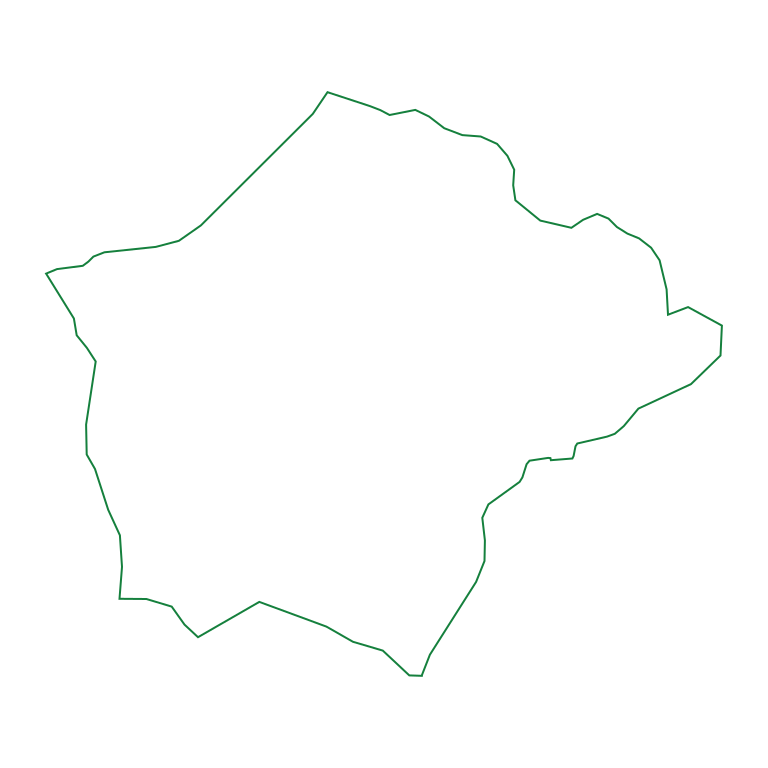 outline of Ruyigi
{"feature_id": "BDI-2635", "entity_name": "Ruyigi", "entity_type": "Province", "adm_level": 1, "iso_a3": "BDI", "parent_name": "Burundi", "parent_adm1": "", "projection": "mercator", "projection_center": [30.363, -3.445], "detail": "fine", "context": "isolated", "style": "outline", "palette": "green", "viewbox_px": 768, "rotation_deg": 0, "n_neighbors": 0, "source": "natural_earth", "source_scale": "10m", "svg_char_len": 1146}
<svg xmlns="http://www.w3.org/2000/svg" viewBox="0 0 768 768"><path d="M688.1,307.1L721.9,325.6L720.5,355.5L691.0,384.1L638.4,408.6L623.8,426.1L614.8,433.8L607.1,436.6L577.3,443.5L575.5,446.3L573.6,456.0L572.4,458.5L550.9,460.2L550.4,458.1L548.1,457.9L529.5,460.7L526.6,464.2L522.4,477.4L519.6,481.9L488.4,504.4L482.3,517.8L484.9,540.4L484.5,561.0L476.1,581.9L429.9,654.7L422.0,674.9L421.9,675.8L421.3,675.8L409.3,675.4L382.8,650.6L353.0,641.8L326.4,626.6L259.3,601.9L198.0,637.2L184.5,624.6L171.7,606.6L146.4,599.0L119.5,598.8L122.0,566.9L119.9,535.3L108.2,509.8L95.0,469.0L86.7,454.5L86.1,424.6L95.7,361.5L86.9,347.9L76.7,335.3L73.9,318.5L46.1,273.6L57.0,269.1L82.8,265.8L88.4,261.6L93.4,256.6L104.4,252.3L155.8,246.9L178.9,240.8L200.9,225.4L312.8,113.9L327.5,92.2L370.2,106.2L380.3,110.1L389.6,115.0L415.3,109.9L429.0,116.5L444.2,128.2L462.3,135.1L480.7,136.5L497.1,143.9L507.4,155.8L514.2,169.7L513.2,185.3L515.4,200.3L540.3,220.6L571.4,227.8L583.1,219.8L597.1,213.9L608.5,218.6L616.9,227.0L627.4,233.6L639.1,238.4L651.1,247.7L659.6,260.3L666.6,289.4L668.0,314.7L687.8,307.2L688.1,307.1Z" fill="none" stroke="#15803d" stroke-width="2"/></svg>